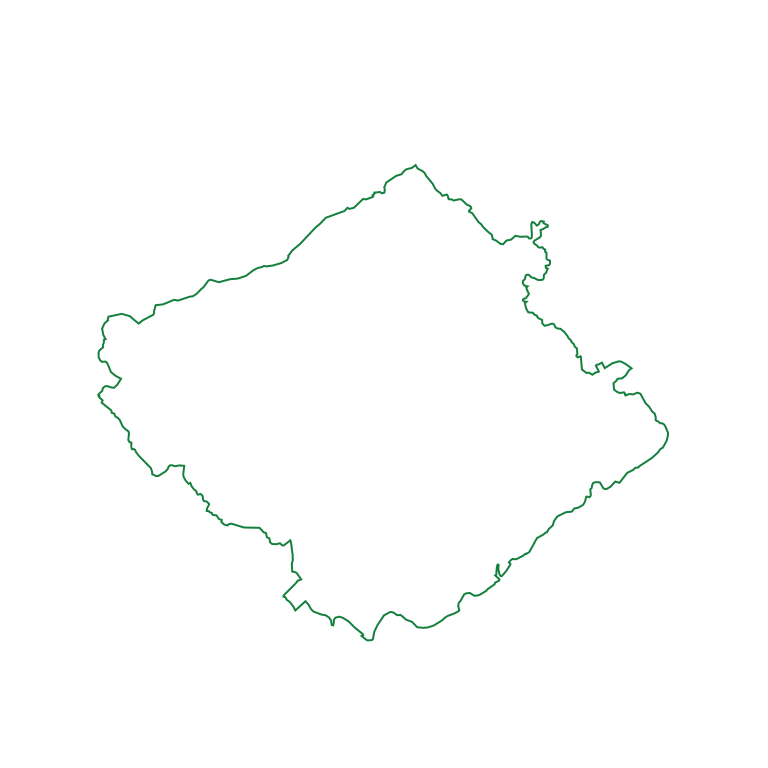 outline of Sherpur, Dhaka, Bangladesh, rotated 312°
{"feature_id": "16705992B90842308963557", "entity_name": "Sherpur", "entity_type": "district", "adm_level": 2, "iso_a3": "BGD", "parent_name": "Bangladesh", "parent_adm1": "Dhaka", "projection": "albers", "projection_center": [90.083, 25.092], "detail": "fine", "context": "isolated", "style": "outline", "palette": "green", "viewbox_px": 768, "rotation_deg": 312, "n_neighbors": 0, "source": "geoboundaries", "source_scale": "gbopen_adm2", "svg_char_len": 6166}
<svg xmlns="http://www.w3.org/2000/svg" viewBox="0 0 768 768"><g transform="rotate(312 384 384)"><path d="M494.0,628.8L508.4,632.6L516.6,633.4L520.6,632.9L523.3,633.8L531.0,632.0L535.6,629.5L537.8,627.7L540.9,621.1L541.3,618.9L541.0,617.2L539.7,615.6L539.6,612.9L538.8,610.3L541.1,608.2L543.1,604.9L543.0,601.5L544.5,596.3L544.7,591.2L548.3,581.3L547.7,579.2L546.8,577.9L543.1,576.3L540.8,573.1L537.1,571.1L537.5,569.9L538.1,569.9L538.4,567.9L535.3,565.5L534.6,564.2L534.0,561.9L533.8,558.7L538.1,554.1L541.7,554.5L544.2,554.1L547.5,557.1L552.2,557.9L557.9,556.8L561.3,557.5L560.6,550.5L559.4,545.5L558.2,543.5L552.4,539.9L543.5,537.4L545.7,531.7L541.9,530.3L540.5,529.1L539.4,529.2L537.2,535.1L536.4,535.4L534.3,533.6L530.3,532.6L529.5,528.5L527.7,527.2L527.2,521.4L536.1,511.9L536.0,511.4L533.4,510.2L533.5,508.3L534.0,507.8L535.6,507.7L539.5,503.6L539.4,501.0L540.6,498.4L540.8,494.8L541.6,493.7L541.5,490.5L542.4,488.5L543.3,483.5L543.1,478.2L541.5,476.1L540.8,473.8L542.1,470.4L541.9,469.3L540.7,468.0L537.4,466.4L534.7,464.3L535.0,461.0L537.4,458.7L536.3,455.0L536.4,453.1L537.1,452.1L536.1,449.1L536.6,447.0L533.8,443.3L535.1,439.5L536.9,436.5L538.6,434.5L540.4,434.8L539.0,432.7L539.2,431.1L540.2,430.7L542.7,431.9L547.1,431.7L548.0,431.3L549.6,427.3L551.0,425.2L552.6,425.4L551.1,422.3L551.9,419.5L553.6,418.4L556.3,418.5L559.5,416.7L560.8,417.0L562.0,418.6L561.9,422.3L563.2,424.6L564.2,428.4L565.2,430.0L567.6,432.1L569.2,432.1L572.2,429.8L575.7,430.0L577.3,429.0L579.3,428.6L578.6,426.7L580.0,425.0L582.8,427.2L584.4,426.9L586.7,424.8L585.7,422.1L585.9,420.8L590.3,416.9L590.1,415.2L591.7,413.9L591.2,411.8L591.7,410.3L589.3,408.2L589.0,407.1L589.3,404.8L588.8,401.6L589.5,400.1L591.2,399.9L597.4,401.7L599.2,401.5L603.2,397.3L605.9,398.7L608.6,399.3L610.2,400.5L611.5,399.6L610.3,395.0L610.5,394.2L611.6,394.0L610.7,392.3L609.5,391.3L605.8,392.2L604.0,391.5L604.4,387.7L603.6,385.8L601.2,386.6L593.8,394.1L592.0,395.6L590.5,395.8L589.2,394.3L589.6,392.3L589.1,391.4L584.9,387.1L582.0,382.5L576.3,381.8L572.5,379.0L567.6,379.0L566.1,377.0L565.6,371.3L564.4,367.9L567.0,364.4L566.7,358.7L567.0,352.5L567.7,349.5L567.6,345.8L570.0,335.3L569.0,332.0L569.5,331.3L572.9,331.3L573.9,329.7L573.6,327.8L572.7,326.1L572.9,318.0L571.6,316.3L566.9,312.9L566.5,310.9L564.6,308.4L566.6,305.3L566.8,303.9L562.9,301.4L563.6,297.8L563.1,294.4L563.4,291.4L565.4,286.0L566.8,276.3L568.0,273.1L568.0,270.1L566.6,264.9L567.8,261.0L563.2,260.1L558.8,257.1L556.4,256.5L551.5,256.6L546.9,253.8L535.4,250.9L530.3,252.6L528.9,254.7L526.4,256.2L524.3,254.9L524.0,252.6L519.8,248.8L519.1,249.6L516.7,249.2L516.3,250.5L515.3,250.4L509.1,247.1L507.5,244.6L494.7,243.7L490.9,241.0L490.5,238.9L486.2,238.9L468.6,229.5L460.9,229.3L454.2,228.4L431.8,227.9L422.2,226.5L415.1,227.1L414.7,228.0L411.5,229.1L405.3,226.8L397.8,222.2L392.6,217.8L391.4,215.8L389.2,215.0L386.0,212.7L381.5,210.9L372.1,209.1L364.5,204.8L358.9,199.5L349.2,193.2L345.5,185.4L343.5,184.3L335.2,185.1L332.3,184.6L325.3,184.4L321.3,183.2L318.9,181.2L308.2,175.1L306.0,171.6L295.3,166.5L289.8,161.6L284.0,164.5L282.8,165.8L281.0,166.2L269.9,162.1L264.7,161.2L264.3,149.6L260.6,142.1L249.6,134.2L247.1,135.5L246.8,136.3L242.2,135.7L236.6,137.4L232.7,142.5L231.0,147.1L230.0,146.2L229.5,146.3L227.0,148.3L225.0,148.9L223.3,150.7L218.5,150.0L215.9,151.2L212.8,154.3L211.6,157.6L211.8,159.7L214.0,161.6L214.5,163.2L213.7,165.9L210.2,173.0L210.4,178.7L211.9,185.1L204.8,186.3L200.7,185.9L199.4,184.5L197.3,179.8L196.0,178.5L194.0,177.9L192.4,178.0L190.4,179.2L185.1,178.7L184.4,179.4L184.7,180.4L183.7,180.7L183.5,185.9L181.2,186.7L181.9,199.0L180.4,201.1L181.5,203.4L180.1,206.1L180.7,208.6L180.5,211.5L177.6,218.3L177.4,222.3L177.8,225.8L176.4,227.8L171.3,231.4L170.5,233.8L171.4,235.6L169.2,237.2L167.0,239.9L167.0,240.7L168.2,241.5L168.5,243.0L167.4,245.5L166.6,249.8L165.5,266.9L163.7,270.3L161.9,272.1L163.1,276.4L164.6,277.8L172.9,280.2L176.4,280.1L178.5,279.2L180.5,279.5L181.7,280.8L183.0,283.7L186.7,286.5L189.5,290.3L182.2,295.5L180.8,297.5L179.5,301.3L179.0,305.5L180.9,306.3L179.3,309.4L178.6,313.1L178.7,316.4L177.7,317.7L177.2,319.7L179.5,321.3L179.6,323.3L179.0,324.7L177.0,326.9L176.5,328.4L178.0,330.9L177.9,334.0L177.5,334.6L173.2,335.7L171.0,337.2L172.4,339.2L172.1,340.4L172.9,342.3L172.1,344.3L174.3,347.4L173.2,351.6L174.4,354.4L172.6,355.5L172.6,359.3L174.3,362.4L176.1,362.5L178.1,364.1L183.7,376.0L193.8,387.7L193.3,393.9L194.3,395.9L191.8,399.5L192.6,402.2L190.1,405.3L190.2,407.8L192.9,411.2L196.0,413.2L196.0,416.2L196.8,417.5L205.1,419.0L204.1,420.8L195.0,431.5L193.5,432.4L192.3,434.0L188.7,435.8L183.2,441.3L184.7,443.8L185.1,445.7L183.4,453.2L180.0,451.5L176.7,451.8L159.8,450.9L158.6,451.7L159.6,453.2L158.6,456.1L159.0,459.9L157.9,465.7L156.4,469.6L170.0,471.0L169.5,475.5L167.9,480.2L167.7,483.8L170.8,491.8L173.1,495.4L173.7,499.5L172.9,502.8L170.0,506.3L170.6,507.7L173.3,506.3L175.3,504.5L177.9,504.3L181.2,506.5L182.8,510.2L183.9,516.8L183.4,525.3L184.0,535.7L183.5,536.6L181.7,536.0L182.2,542.8L184.1,545.1L185.8,546.4L186.9,546.5L193.3,542.6L200.4,540.5L212.0,538.8L218.3,541.0L219.6,542.1L220.5,544.0L221.0,548.5L223.5,550.9L223.7,558.4L226.0,563.9L225.5,571.5L229.2,576.5L232.6,579.6L237.9,582.6L247.1,585.3L250.9,585.6L254.2,586.5L260.9,590.0L265.1,591.4L266.2,591.4L268.7,587.7L271.0,586.1L273.8,586.0L281.2,584.4L283.2,585.0L286.1,587.5L287.1,593.0L291.0,596.1L298.8,598.4L301.0,598.3L309.0,600.2L310.6,599.5L315.1,601.1L316.1,600.4L316.2,594.7L317.4,595.0L324.0,590.0L325.9,589.3L326.3,590.1L322.5,593.3L319.6,597.6L319.4,599.1L320.1,600.1L326.6,600.0L334.5,598.7L335.0,598.1L335.0,596.2L338.1,596.1L340.3,596.7L341.4,598.7L343.0,599.8L349.2,602.2L352.5,602.7L352.8,603.4L356.5,604.4L371.9,600.8L378.5,603.1L381.7,603.6L382.8,604.3L386.4,603.5L391.8,604.0L395.8,602.1L401.5,601.4L410.3,604.9L414.9,609.0L418.7,608.7L422.2,611.2L427.3,612.8L430.8,612.2L435.6,609.7L436.2,610.2L437.1,612.3L438.8,612.5L440.1,611.8L443.7,607.8L445.6,607.9L448.7,606.1L450.7,605.7L453.1,607.3L455.3,610.3L453.2,617.1L454.2,619.0L455.2,619.8L459.4,621.1L466.2,621.1L468.1,625.1L480.8,624.2L486.5,626.5L490.1,627.0L492.1,628.8L494.0,628.8Z" fill="none" stroke="#15803d" stroke-width="2"/></g></svg>